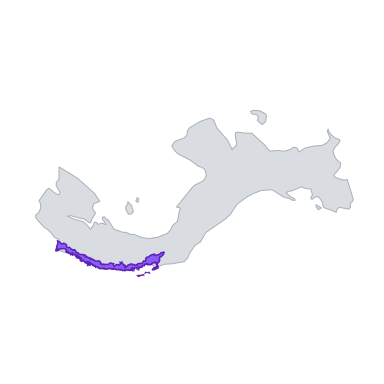 Comarca Kuna Yala, Kuna Yala, Panama shown in context, rotated 162°
{"feature_id": "35544464B26872392116911", "entity_name": "Comarca Kuna Yala", "entity_type": "district", "adm_level": 2, "iso_a3": "PAN", "parent_name": "Panama", "parent_adm1": "Kuna Yala", "projection": "albers", "projection_center": [-78.308, 9.061], "detail": "fine", "context": "in_parent", "style": "filled", "palette": "violet", "viewbox_px": 384, "rotation_deg": 162, "n_neighbors": 0, "source": "geoboundaries", "source_scale": "gbopen_adm2", "svg_char_len": 9107}
<svg xmlns="http://www.w3.org/2000/svg" viewBox="0 0 384 384"><g transform="rotate(162 192 192)"><path d="M338.9,179.2L337.9,180.0L334.9,184.3L333.3,187.9L337.2,191.8L338.3,195.9L340.5,200.3L343.9,204.8L347.7,213.1L348.6,216.4L347.5,218.6L343.9,219.9L340.6,223.8L339.7,228.6L340.3,230.9L330.2,238.5L327.6,239.8L325.9,238.6L323.8,234.8L321.2,231.7L319.8,230.7L319.0,230.6L318.2,231.3L317.8,233.0L319.2,240.1L318.1,243.0L314.6,245.2L310.7,256.8L309.2,255.3L296.2,239.8L285.0,220.4L282.7,211.7L285.6,211.2L288.4,211.4L289.9,210.0L291.7,207.5L290.3,201.6L295.7,197.1L297.7,194.1L299.2,194.4L302.8,199.6L308.0,202.5L314.3,206.8L318.2,207.8L313.3,203.3L304.7,197.4L302.3,193.5L300.0,188.0L296.7,190.4L295.1,192.4L293.4,193.5L291.9,192.1L291.6,190.4L286.6,190.1L285.3,188.5L283.9,187.6L284.5,191.0L285.5,193.0L285.0,195.6L283.3,195.7L281.9,193.1L280.1,190.8L277.8,180.9L272.0,176.3L269.4,174.7L267.2,174.1L264.1,171.0L259.8,169.3L254.1,164.4L247.1,160.9L238.5,159.6L228.1,160.3L224.5,162.3L222.1,164.7L221.0,165.9L214.9,168.7L212.5,172.8L211.0,176.2L207.9,180.2L211.4,182.5L191.2,195.8L187.2,197.7L178.2,199.0L176.1,200.4L173.3,203.1L172.9,207.1L173.3,210.5L175.9,213.1L178.2,214.8L183.8,222.8L193.7,232.8L195.6,236.5L197.1,241.9L194.1,244.4L191.8,245.5L182.3,245.9L179.0,248.0L177.6,251.3L174.1,254.0L161.8,256.6L152.1,256.8L149.2,253.7L148.5,245.0L142.1,230.1L140.7,219.9L139.0,221.2L135.6,222.3L134.4,224.8L133.5,232.4L132.2,235.0L129.5,234.7L124.1,231.9L116.9,229.4L107.8,213.3L106.9,210.3L105.1,206.7L98.0,205.1L91.9,202.4L85.3,201.9L81.9,203.3L78.5,201.4L77.9,197.0L70.9,198.9L62.0,198.1L54.1,196.1L48.6,197.1L44.0,200.1L44.5,208.1L43.2,209.6L43.0,206.4L41.5,202.6L39.6,199.5L35.6,196.2L35.4,195.0L37.0,193.4L44.4,188.9L45.3,186.9L45.5,182.9L44.8,179.0L41.6,173.3L43.5,169.8L47.3,167.0L51.2,164.8L51.9,163.9L51.2,161.9L49.0,159.8L43.7,156.2L40.6,155.9L40.6,145.7L40.9,134.8L41.7,133.7L43.6,133.1L45.2,131.5L46.1,128.3L48.4,127.2L52.5,129.7L56.7,131.9L58.5,131.2L59.8,130.2L60.8,129.1L61.1,128.1L64.5,131.1L71.3,136.3L71.7,138.8L71.0,141.2L72.9,148.2L76.5,149.2L80.1,147.9L81.0,149.2L80.3,150.5L78.4,151.9L77.9,157.9L83.8,160.8L86.7,163.2L96.6,162.2L100.2,162.9L102.7,162.2L100.0,157.4L96.4,153.8L96.7,152.2L99.4,153.4L101.6,155.8L106.4,158.9L115.2,169.4L125.4,172.0L133.5,171.7L141.1,170.4L153.1,166.4L161.9,159.2L168.8,155.9L191.4,149.1L199.4,141.9L202.8,141.0L206.0,140.1L213.1,134.6L216.9,130.3L220.9,128.2L232.8,129.8L240.5,131.8L245.8,131.6L250.9,133.0L253.1,136.1L255.4,137.5L268.0,137.1L278.3,138.7L300.9,147.9L314.4,157.0L321.6,166.7L338.9,179.2ZM111.4,250.4L108.4,250.7L102.4,248.3L98.1,243.7L97.7,242.3L97.8,240.8L100.3,236.2L103.5,234.7L104.8,234.7L107.8,240.0L105.7,242.1L106.5,245.4L110.9,247.8L111.4,250.4ZM257.1,200.1L256.0,202.4L253.5,197.3L253.9,196.0L253.8,191.3L256.2,190.1L257.9,190.0L259.4,190.7L260.3,196.1L259.5,198.6L257.1,200.1ZM78.6,139.0L78.0,141.5L73.9,136.9L76.4,136.2L77.3,136.3L78.6,139.0ZM248.1,201.2L245.7,203.6L244.8,201.3L246.5,198.9L247.1,198.9L248.1,201.2Z" fill="#d9dde1" stroke="#a8b0b8" stroke-width="1"/><path d="M237.2,143.3L238.0,143.7L239.5,143.6L240.1,143.9L241.7,143.0L243.0,142.8L243.2,142.6L244.4,143.1L245.7,142.7L246.5,142.9L247.4,143.8L246.8,144.3L247.0,144.6L250.7,144.7L253.8,143.6L255.2,144.0L256.8,142.9L256.6,142.0L257.6,140.6L258.1,140.5L259.0,141.4L261.6,139.6L265.6,140.6L266.2,140.3L266.5,139.5L267.0,139.3L267.2,139.8L267.8,140.0L268.3,139.6L269.3,140.2L269.7,141.1L271.4,141.7L271.9,142.4L273.4,142.5L273.7,142.1L274.7,142.3L276.1,142.1L277.3,140.9L277.8,141.1L278.3,141.0L278.3,141.5L278.8,141.6L278.2,141.9L278.2,142.9L278.9,143.4L279.6,143.4L279.4,144.0L279.9,144.5L279.9,145.5L280.6,146.4L280.5,146.9L281.3,146.4L282.1,147.2L282.4,145.8L283.2,145.1L284.1,144.9L284.8,145.9L285.8,146.0L286.6,146.4L287.2,145.9L288.7,145.3L289.5,147.8L288.9,148.1L291.5,149.7L292.3,149.6L293.1,149.1L295.2,149.4L298.4,150.3L298.3,150.8L299.8,150.8L300.7,151.3L300.3,151.8L300.6,152.8L301.3,153.0L301.0,154.6L302.2,155.4L304.1,155.7L305.6,156.6L306.2,157.7L306.9,158.0L306.9,158.4L308.4,158.9L308.1,159.5L309.0,159.4L309.0,159.7L309.7,159.8L309.9,160.2L309.6,160.9L310.2,160.8L310.8,161.8L312.9,163.0L312.3,163.0L312.1,163.3L312.7,163.9L313.1,165.0L313.9,165.7L314.7,165.5L315.6,166.5L317.8,167.2L318.9,168.1L318.9,169.3L319.5,169.7L320.2,169.6L321.0,170.3L320.7,170.8L321.0,172.6L321.5,172.6L321.6,173.4L322.2,173.6L322.5,173.3L323.4,173.8L323.8,174.5L324.7,175.0L324.8,175.7L325.7,177.3L326.9,177.4L328.0,178.2L328.3,178.9L327.6,180.3L328.9,182.3L330.0,183.0L331.2,182.6L332.0,182.7L333.6,185.9L334.9,186.9L334.9,186.3L335.7,184.3L337.8,181.7L337.8,179.9L339.3,179.4L339.3,178.5L339.6,178.0L339.3,177.4L339.3,178.1L339.0,178.5L337.8,177.6L337.4,177.7L337.3,178.1L336.6,178.0L336.5,178.7L335.3,178.8L332.9,178.0L332.0,178.1L330.7,177.3L330.5,177.5L330.6,177.2L329.6,176.6L329.4,176.2L329.4,175.6L330.0,175.1L330.3,174.2L329.6,173.1L329.1,173.0L328.9,173.8L328.6,173.5L328.3,173.6L327.9,173.1L327.9,172.6L328.2,172.4L328.0,171.9L327.0,171.5L326.7,170.8L326.1,170.7L326.1,170.3L325.1,168.9L324.7,169.1L324.7,169.6L325.8,170.7L325.6,171.0L324.9,170.3L324.4,170.7L324.0,170.1L324.0,169.4L323.4,169.2L322.5,168.1L321.7,167.9L321.7,166.9L321.4,167.3L320.5,167.0L320.3,166.6L320.6,166.4L319.4,165.5L319.4,164.9L319.0,164.1L318.7,164.0L318.8,163.6L318.5,163.9L318.2,163.4L318.5,162.7L319.1,162.9L319.3,162.4L318.5,162.0L318.1,162.2L318.2,161.8L318.6,161.7L317.8,161.2L317.7,160.9L318.0,160.8L317.7,160.7L317.3,161.1L317.4,160.8L317.1,160.7L317.6,160.5L315.9,159.5L315.6,157.9L313.9,156.7L313.8,156.2L313.7,156.1L313.7,156.3L313.2,155.6L312.8,155.6L313.0,155.5L312.9,155.1L312.1,154.6L312.5,155.8L312.3,156.4L312.8,156.8L313.3,157.8L312.5,157.4L312.7,157.9L312.4,157.8L312.2,157.4L312.4,157.1L311.3,156.7L311.6,156.3L311.6,155.8L311.4,156.3L310.9,156.1L311.4,155.6L310.8,155.5L310.9,155.3L310.0,154.6L309.8,154.7L309.7,154.2L309.1,154.0L308.5,152.9L307.9,152.7L307.7,152.1L308.4,152.4L308.0,151.7L307.3,151.3L306.1,151.9L307.0,151.4L306.6,151.1L306.8,150.3L306.2,150.5L305.5,150.3L304.9,149.1L304.5,149.1L304.1,148.6L303.6,148.5L303.7,147.8L301.8,147.0L299.4,146.9L299.1,146.4L299.6,146.1L299.4,145.9L298.8,145.7L299.1,146.1L298.6,146.1L295.9,144.7L295.1,145.0L294.0,144.8L293.8,145.1L293.9,144.8L293.4,144.2L292.9,144.3L292.8,143.8L291.7,143.7L291.7,143.3L290.6,142.9L290.1,143.3L290.1,142.7L288.9,142.4L287.6,141.3L287.1,141.3L287.2,141.7L287.1,141.2L285.4,140.9L285.1,140.3L283.7,140.2L283.7,139.8L283.1,139.9L282.2,138.6L281.5,138.7L280.9,138.3L280.2,138.6L280.2,138.0L279.9,138.0L279.6,138.3L279.6,138.1L279.2,137.8L278.7,138.1L277.6,138.0L276.7,137.6L276.6,137.2L275.9,137.2L275.2,136.5L274.1,136.9L273.3,137.8L273.2,137.6L272.7,137.6L272.0,138.1L272.0,137.6L270.6,137.2L270.5,136.9L269.7,137.6L268.8,137.2L268.5,136.7L268.0,137.0L267.1,136.5L266.8,136.7L266.9,136.2L266.5,136.3L266.4,135.8L265.2,136.1L264.9,136.6L263.1,136.0L262.9,136.9L262.1,137.1L262.0,136.8L261.2,137.3L260.3,136.6L259.9,136.9L259.5,137.8L258.7,137.9L258.5,137.5L257.5,137.5L257.1,137.8L256.5,137.6L255.8,136.7L256.2,136.9L256.4,136.6L256.0,136.6L255.9,136.3L255.1,136.4L254.0,135.6L253.8,136.0L252.4,135.9L251.9,136.7L251.0,136.8L250.2,136.2L248.7,136.9L248.0,136.3L248.4,135.7L247.8,134.7L248.2,134.1L248.0,133.7L247.8,133.9L247.7,132.9L248.2,132.9L248.6,132.0L249.1,131.6L249.8,131.6L249.6,131.3L249.9,131.6L251.5,131.4L251.9,131.6L252.3,131.1L251.9,130.8L252.9,131.0L253.6,130.4L253.3,130.0L252.6,130.2L250.9,130.0L250.9,130.3L250.7,130.0L248.9,130.1L247.4,130.4L247.4,135.4L246.9,135.3L246.9,134.8L246.6,134.8L245.3,135.8L244.9,135.7L243.9,137.0L243.7,137.7L244.0,137.9L243.3,139.1L243.3,139.7L242.6,140.1L241.5,139.9L240.3,140.5L239.9,141.1L239.2,141.0L237.9,142.1L237.2,143.3ZM318.5,160.2L318.0,160.5L318.9,161.0L318.9,160.6L318.5,160.2ZM320.7,164.4L319.5,163.7L319.6,164.0L320.4,164.7L320.7,164.7L320.7,164.4ZM321.0,164.7L320.4,164.8L321.4,165.4L321.6,165.1L321.6,164.8L321.2,165.0L321.0,164.7ZM322.9,166.2L322.2,166.3L322.3,166.6L322.9,166.2ZM309.1,153.0L308.8,153.1L309.3,153.5L309.1,153.0ZM268.5,128.6L268.1,128.5L268.2,128.8L268.5,128.6ZM258.3,128.8L257.8,128.5L257.9,128.8L258.3,128.8ZM267.8,128.7L267.6,128.3L267.3,128.5L267.8,128.7ZM265.4,128.4L265.2,128.1L264.9,128.3L265.4,128.4ZM314.0,154.5L313.6,154.5L313.9,154.7L314.0,154.5ZM266.5,134.3L266.1,134.2L266.5,134.4L266.5,134.3ZM269.2,128.9L269.0,128.6L268.9,128.8L269.2,128.9ZM252.1,129.5L251.6,129.7L251.7,129.8L251.8,129.8L252.1,129.5ZM272.6,135.7L272.3,135.8L272.6,135.9L272.6,135.7ZM261.3,129.5L261.1,129.5L260.9,129.7L261.1,129.8L261.3,129.5ZM311.6,154.0L311.9,154.2L311.7,153.9L311.6,154.0ZM274.6,136.5L274.3,136.3L274.1,136.4L274.6,136.5ZM322.1,166.3L321.8,166.2L322.1,166.4L322.1,166.3ZM264.1,128.3L263.8,128.1L263.7,128.1L263.9,128.4L264.1,128.3ZM268.2,135.0L268.5,134.7L268.0,135.1L268.2,135.0ZM252.8,135.7L252.5,135.6L252.8,135.7ZM271.6,134.5L271.6,134.8L271.8,134.9L271.7,134.8L271.6,134.5ZM273.8,136.6L273.6,136.4L273.4,136.5L273.8,136.6ZM326.8,170.4L326.7,170.5L326.8,170.8L326.8,170.4ZM277.2,137.0L277.4,137.2L277.5,137.3L277.4,137.2L277.2,137.0Z" fill="#8b5cf6" stroke="#5b21b6" stroke-width="1.5"/></g></svg>